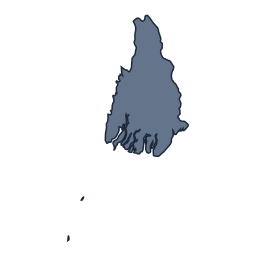 map outline of Ayeyarwady (Robinson projection)
{"feature_id": "MMR-3275", "entity_name": "Ayeyarwady", "entity_type": "Division", "adm_level": 1, "iso_a3": "MMR", "parent_name": "Myanmar", "parent_adm1": "", "projection": "robinson", "projection_center": [94.965, 16.268], "detail": "fine", "context": "isolated", "style": "filled", "palette": "slate", "viewbox_px": 256, "rotation_deg": 0, "n_neighbors": 0, "source": "natural_earth", "source_scale": "10m", "svg_char_len": 5974}
<svg xmlns="http://www.w3.org/2000/svg" viewBox="0 0 256 256"><path d="M185.9,122.4L188.1,124.5L188.2,125.8L186.0,128.6L184.3,130.3L183.5,130.6L182.6,130.5L182.6,130.1L182.9,129.5L183.0,128.5L182.2,129.3L181.7,130.2L181.1,130.9L180.0,131.0L180.3,129.2L177.1,132.7L176.1,134.3L175.2,134.5L174.3,134.3L173.8,133.6L173.6,131.7L173.3,130.8L172.9,130.3L173.2,135.2L172.9,136.3L171.7,138.3L171.4,139.2L171.4,141.7L171.2,142.3L170.2,144.3L163.9,151.7L161.2,153.9L159.8,155.3L159.1,155.9L158.3,156.2L157.3,156.3L154.4,155.9L153.7,155.6L153.4,155.0L153.2,150.0L153.5,149.5L154.0,149.2L154.5,148.5L154.7,147.6L154.6,146.8L155.7,145.7L156.4,144.2L156.8,142.5L157.0,140.8L157.0,139.7L156.1,137.3L156.0,136.3L156.5,135.1L156.7,134.1L156.4,134.1L155.6,135.1L155.3,135.6L155.2,136.2L155.4,137.0L156.0,138.6L156.1,139.6L156.0,141.9L155.8,142.5L154.5,144.4L153.8,146.7L152.8,148.0L151.8,148.4L151.2,147.1L151.5,146.0L152.3,144.7L152.9,143.2L152.7,141.5L151.2,144.2L150.5,145.9L150.3,147.6L150.6,151.4L150.0,152.6L148.3,153.1L147.0,152.5L146.2,151.0L145.7,149.1L145.7,147.1L146.7,141.4L146.3,139.7L145.4,142.5L144.9,140.4L145.5,138.3L146.7,136.6L148.3,135.9L149.8,136.0L150.3,135.9L150.6,135.6L150.5,135.4L149.2,135.1L149.0,134.6L148.7,134.5L147.2,135.0L146.9,134.8L146.6,134.1L146.3,134.1L146.0,135.0L144.7,136.9L143.7,137.9L143.6,139.2L143.8,141.8L143.8,143.2L143.0,149.6L142.6,150.8L142.1,151.6L140.4,152.2L139.9,153.3L139.5,153.8L137.8,153.8L136.2,153.1L134.2,152.8L133.7,152.4L134.2,151.5L135.7,150.5L135.9,149.9L135.9,149.5L135.5,148.6L135.3,148.5L134.5,149.7L134.0,149.9L133.8,148.7L133.9,147.0L133.8,146.4L133.2,144.9L133.2,144.3L133.4,143.6L134.4,142.1L134.9,141.8L135.6,141.7L136.4,141.4L137.0,140.7L137.2,139.7L135.6,140.8L135.4,139.9L135.2,137.6L134.5,136.0L134.4,135.2L134.7,134.4L135.5,133.0L136.1,132.3L136.9,131.9L138.7,131.4L139.4,130.7L140.0,129.8L140.2,128.9L139.1,130.4L138.0,130.6L137.2,131.0L136.2,131.0L135.8,131.2L134.6,133.1L134.1,133.5L133.8,134.6L133.8,136.8L134.5,139.2L134.7,139.6L133.7,141.7L131.0,143.6L130.5,144.6L129.2,147.8L128.1,149.0L127.3,149.4L126.4,149.5L125.3,149.1L124.9,148.4L124.7,147.5L124.3,146.4L124.2,147.3L123.7,147.2L123.1,146.6L122.8,145.7L127.3,142.6L128.6,140.8L129.0,138.3L130.1,136.9L130.4,136.0L130.4,135.0L131.3,134.1L131.3,133.4L130.5,134.0L130.1,134.6L129.5,136.2L128.3,138.4L127.4,140.6L125.9,141.9L123.4,144.6L122.2,145.2L121.2,145.0L121.0,143.6L122.2,141.9L124.6,139.4L125.5,137.6L126.2,135.5L126.6,133.2L126.4,131.0L125.8,129.4L125.6,128.5L126.5,126.8L127.4,123.6L127.6,123.3L128.1,123.2L128.6,123.3L128.6,122.9L128.1,122.4L127.4,117.5L127.4,116.9L127.6,116.3L128.6,115.6L128.6,114.9L127.0,115.7L126.5,115.6L126.1,114.5L125.8,115.6L126.4,120.1L126.4,123.1L126.2,123.9L125.2,125.2L124.7,127.2L123.9,128.4L123.0,129.3L122.0,129.6L121.9,129.3L123.4,127.1L124.3,125.0L124.0,124.1L123.5,124.2L123.0,125.0L122.7,126.7L122.0,127.6L121.5,127.8L121.0,127.7L120.0,126.8L119.2,126.6L118.9,127.0L119.1,129.1L119.0,130.3L118.5,132.0L116.3,136.3L115.0,137.9L113.6,138.7L112.7,138.8L112.0,139.2L111.6,139.9L111.4,141.3L111.1,141.9L110.3,142.2L109.3,142.2L108.7,141.8L107.8,143.0L107.1,143.3L106.6,142.9L105.5,140.9L105.3,140.2L105.3,139.4L105.5,133.6L106.5,127.7L106.4,123.9L106.6,123.3L107.5,121.9L108.1,117.9L107.9,114.7L108.1,114.2L109.7,114.7L110.7,114.7L111.2,113.7L111.5,112.1L111.4,111.4L110.6,111.0L110.6,110.7L111.7,110.1L112.1,109.2L112.2,105.9L112.9,103.1L113.7,102.0L113.9,101.4L113.8,99.2L113.6,98.4L113.1,97.1L112.9,96.4L113.0,95.6L113.4,95.3L114.3,95.7L114.8,95.6L115.4,95.2L116.7,93.2L115.8,93.2L116.2,92.4L116.4,91.5L116.4,87.5L116.6,87.0L117.3,85.8L117.8,84.2L117.6,83.4L116.4,82.7L116.2,82.1L116.2,81.4L116.7,80.9L118.8,81.9L120.0,81.0L120.0,80.5L119.8,80.1L118.8,79.5L118.7,78.8L118.8,76.5L119.1,75.8L119.8,75.7L120.3,75.4L120.3,74.2L121.5,74.7L122.0,75.1L122.5,75.6L121.7,72.3L121.3,66.9L124.3,69.3L125.2,69.8L127.0,70.1L128.8,71.7L129.2,71.8L129.6,71.6L131.1,68.6L131.6,66.8L131.7,62.9L132.0,61.1L132.0,59.6L132.1,58.7L132.4,57.8L134.7,54.9L135.3,53.3L135.6,50.5L136.2,48.9L136.2,47.1L134.5,43.7L134.2,42.4L134.2,41.6L135.0,39.5L134.9,34.3L135.7,30.2L135.7,27.4L135.2,25.3L133.3,21.2L135.4,19.3L136.6,18.4L137.7,18.1L139.0,18.4L140.1,19.3L141.1,20.4L142.2,21.0L143.4,21.0L144.3,20.2L145.0,18.0L145.0,16.8L145.4,16.0L146.3,15.5L147.4,15.4L149.3,17.4L152.7,22.2L153.1,22.6L153.3,23.1L154.4,24.1L156.4,26.6L157.6,27.7L158.5,30.4L158.5,31.6L158.9,32.5L160.6,37.8L160.8,39.6L160.3,41.7L161.4,42.6L162.2,43.5L162.4,43.8L162.1,45.7L162.2,47.8L162.0,48.5L160.6,50.2L160.6,51.2L160.9,53.5L161.6,55.5L162.5,57.1L163.5,58.2L164.3,58.6L165.1,58.8L166.4,59.6L169.5,60.8L170.5,61.6L171.4,62.9L173.8,66.9L173.3,69.2L172.0,72.2L171.3,75.2L171.4,76.7L172.0,80.0L173.1,81.0L173.5,82.0L174.0,82.6L174.9,83.3L176.0,84.5L177.5,87.6L178.1,88.2L178.4,88.9L178.4,90.8L178.5,91.2L178.9,91.8L179.8,92.8L180.7,94.0L180.9,95.4L179.9,97.5L179.4,98.6L179.4,99.8L180.6,102.4L180.9,103.8L180.7,105.7L180.1,107.4L179.6,108.0L179.0,108.4L179.4,109.4L179.6,109.5L179.9,110.3L179.8,112.4L180.2,113.4L179.7,114.4L178.1,116.1L177.7,117.2L178.1,117.7L178.9,118.2L179.1,118.7L179.2,119.4L179.9,120.3L180.9,120.9L182.1,121.3L184.3,121.3L185.0,121.6L185.4,122.1L185.9,122.4ZM125.5,130.4L125.7,132.9L125.1,135.5L124.0,137.9L121.8,141.0L121.3,141.4L120.6,141.8L118.2,142.7L117.2,143.4L117.3,144.6L116.8,145.3L115.8,146.2L115.4,146.8L115.6,147.6L115.2,148.4L114.2,149.9L113.9,149.9L113.9,149.5L114.5,148.3L114.2,146.4L113.0,143.3L113.3,141.7L114.5,140.8L116.1,140.0L117.6,138.7L119.1,135.5L120.4,134.1L123.2,130.4L124.6,129.1L125.5,130.4ZM132.7,144.5L133.0,146.0L133.5,148.0L133.3,148.6L132.5,150.2L131.8,152.1L130.6,152.4L129.3,152.0L128.3,151.3L128.3,151.0L129.2,150.3L129.8,149.3L130.7,147.1L131.9,145.2L132.7,144.5ZM68.8,236.8L69.0,239.1L68.7,240.0L67.8,240.6L68.2,236.9L68.3,236.2L68.5,236.1L68.8,236.8ZM81.3,200.0L81.8,199.4L82.1,198.5L82.6,197.7L83.5,197.2L83.5,197.5L82.6,199.4L82.0,200.1L81.3,200.0Z" fill="#64748b" stroke="#1e293b" stroke-width="1.5"/></svg>